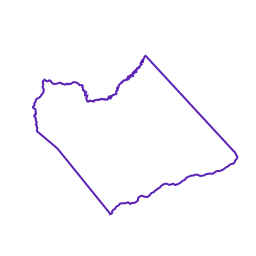 Lagoa da Confusão, Tocantins, Brazil (Natural Earth projection), rotated 240°
{"feature_id": "56859067B90547454880809", "entity_name": "Lagoa da Confusão", "entity_type": "district", "adm_level": 2, "iso_a3": "BRA", "parent_name": "Brazil", "parent_adm1": "Tocantins", "projection": "natural_earth1", "projection_center": [-49.967, -11.048], "detail": "fine", "context": "isolated", "style": "outline", "palette": "violet", "viewbox_px": 256, "rotation_deg": 240, "n_neighbors": 0, "source": "geoboundaries", "source_scale": "gbopen_adm2", "svg_char_len": 5848}
<svg xmlns="http://www.w3.org/2000/svg" viewBox="0 0 256 256"><g transform="rotate(240 128 128)"><path d="M170.9,47.5L146.2,56.4L145.1,56.7L83.1,66.5L62.6,69.7L62.3,69.5L62.1,70.9L62.3,71.6L62.9,72.2L63.4,72.3L63.7,72.6L64.0,72.9L64.3,73.5L64.5,74.4L64.4,75.4L64.5,76.2L64.8,77.0L65.4,77.7L65.7,78.5L65.8,79.4L65.6,80.4L65.8,81.5L66.1,82.1L66.4,82.9L66.5,83.6L66.1,84.4L65.8,84.8L65.3,85.9L65.2,86.4L64.4,87.5L63.9,88.8L63.8,90.5L63.5,91.0L63.0,91.3L61.7,91.5L61.1,92.2L61.2,93.9L61.0,94.3L60.7,94.6L60.3,95.3L59.8,96.6L60.0,97.2L59.9,97.9L60.2,100.3L60.5,100.6L61.6,101.1L62.0,101.5L62.7,103.1L62.7,104.3L62.7,104.9L62.6,105.8L62.0,106.4L61.3,107.0L60.9,107.5L60.3,107.9L59.9,108.4L59.2,109.4L58.8,109.9L58.5,110.5L58.5,111.2L58.8,112.0L59.0,113.5L59.8,115.1L60.0,116.2L59.5,118.1L60.0,119.4L60.2,120.5L60.4,121.1L60.2,121.7L60.3,122.4L60.6,123.2L60.6,123.8L60.4,124.6L60.5,125.5L60.7,126.4L61.2,127.2L61.5,130.3L61.5,130.9L61.1,131.6L61.0,132.5L60.8,132.9L60.5,133.5L60.1,133.9L58.8,134.7L58.5,135.0L58.2,135.3L57.9,135.9L57.6,137.0L57.2,138.9L57.1,139.3L56.6,139.8L55.3,140.0L54.8,141.0L54.7,142.4L54.4,143.5L54.4,144.7L54.4,145.7L54.5,146.8L55.0,148.9L54.7,150.8L54.7,151.3L55.0,152.1L55.7,153.1L55.7,153.6L55.6,155.3L55.5,157.0L55.0,159.1L54.9,159.5L54.2,160.6L54.0,161.7L54.0,162.5L53.6,163.7L52.5,165.1L51.5,165.8L50.7,166.2L50.2,166.6L50.0,167.4L48.9,170.1L48.9,170.9L49.0,172.2L48.2,174.9L47.8,175.7L46.4,177.9L46.1,178.3L46.0,179.7L46.2,180.4L46.3,181.5L46.3,182.6L46.2,183.5L45.1,185.5L44.8,186.2L44.7,187.8L44.4,189.2L44.4,190.0L44.7,190.8L44.8,191.8L44.8,195.8L45.0,196.4L45.3,197.8L45.2,199.1L45.0,200.2L44.6,200.7L44.6,201.4L44.8,202.7L45.5,203.8L46.3,204.6L46.7,206.1L47.2,207.2L47.8,207.9L48.6,208.3L49.7,208.3L50.4,208.2L50.7,208.4L51.3,208.2L52.3,208.5L53.5,208.3L54.2,208.3L54.8,208.0L181.1,179.5L181.8,179.2L181.6,178.4L181.3,177.7L181.0,177.3L179.2,175.1L179.6,174.6L179.6,174.0L179.1,173.6L178.6,173.6L178.2,174.0L177.9,174.1L177.6,173.8L177.9,173.3L178.3,172.9L178.5,172.5L178.2,171.9L177.9,171.4L177.6,171.1L177.1,171.1L176.4,171.5L176.2,170.6L175.7,169.4L175.5,168.8L175.5,168.1L174.8,168.1L174.4,167.6L174.7,166.5L175.0,166.2L175.2,165.7L174.0,164.6L174.0,164.1L174.4,163.6L173.9,163.2L173.5,163.4L173.5,162.9L173.8,162.5L173.9,162.0L173.7,161.5L173.3,161.6L172.9,161.8L172.8,162.4L172.8,163.0L172.4,163.1L172.3,162.4L172.5,161.8L172.8,161.2L173.2,160.9L173.3,160.5L173.0,160.1L173.3,159.6L172.7,159.1L171.9,158.4L170.9,158.3L171.7,157.6L172.2,157.3L172.4,157.0L171.9,156.8L171.3,156.7L171.0,156.6L171.2,156.2L171.7,155.9L172.1,155.4L172.2,154.8L171.9,154.5L171.4,154.7L171.0,154.6L171.1,154.2L172.1,154.1L172.5,153.9L172.3,153.5L171.8,153.3L171.6,152.6L171.0,152.1L170.5,151.8L170.1,152.4L170.0,151.9L170.2,151.5L170.5,151.0L170.9,150.6L170.6,150.1L170.6,149.6L171.0,149.2L171.1,148.2L171.4,147.7L171.2,147.2L170.3,145.7L170.3,145.2L170.7,145.1L170.5,144.6L170.4,143.9L170.2,143.2L169.9,142.6L169.9,142.1L169.7,141.5L169.2,141.2L169.0,140.7L168.7,140.4L168.3,140.4L168.2,140.0L168.2,138.8L168.1,138.4L167.8,138.2L167.1,138.9L166.8,138.6L166.5,138.2L166.0,137.9L165.8,137.2L165.8,136.4L165.4,135.9L164.8,135.6L163.6,135.3L163.3,135.0L163.2,134.5L163.5,134.0L163.7,133.5L163.7,132.9L163.8,132.3L164.1,132.1L164.1,131.7L163.8,130.2L163.5,129.5L162.7,128.5L162.4,128.0L162.4,127.3L162.8,127.1L163.3,127.5L163.9,127.5L163.9,128.2L164.5,128.5L164.7,128.0L164.7,127.5L164.5,127.0L164.0,126.1L163.2,125.1L163.0,124.7L163.0,124.2L163.4,123.8L163.6,123.3L163.7,122.5L164.1,122.3L164.7,122.2L165.1,121.6L165.3,120.5L166.2,120.1L166.5,119.6L166.7,119.0L166.8,118.3L166.5,117.6L166.7,117.1L167.1,116.9L167.5,116.3L167.6,115.6L167.9,115.3L168.3,113.6L168.8,113.2L168.6,112.2L168.1,111.8L168.2,111.4L168.5,110.8L169.0,110.5L169.5,110.2L169.8,109.5L170.1,109.2L170.6,108.9L170.9,108.6L170.9,108.0L170.5,107.2L170.8,106.6L171.3,106.1L171.8,106.3L172.8,106.3L173.4,106.4L174.1,106.5L174.9,106.8L175.3,108.0L176.5,109.0L176.7,108.3L177.4,108.1L177.3,107.6L177.6,107.1L178.1,107.3L178.5,107.5L178.7,108.0L178.9,108.4L179.3,108.7L179.6,109.2L179.9,109.7L180.3,109.5L180.6,108.5L182.0,108.9L182.3,108.4L182.9,108.4L183.3,108.0L183.8,108.1L184.1,108.4L184.6,108.5L185.0,108.7L185.4,109.0L185.8,109.2L186.2,108.9L187.1,109.6L187.5,109.9L188.1,109.7L188.3,109.3L188.9,108.3L189.2,107.6L190.3,107.2L191.1,107.3L192.0,106.7L193.6,105.7L194.5,104.4L194.9,103.7L195.0,103.2L194.8,101.0L194.8,100.5L195.1,99.9L195.5,99.4L195.7,98.9L195.6,98.3L196.3,97.4L196.8,97.4L197.1,97.0L196.8,96.4L196.9,95.5L197.2,95.0L197.6,94.8L198.3,93.9L199.1,93.3L199.7,92.5L200.3,92.6L200.9,92.2L201.2,91.8L201.6,91.0L201.6,90.1L202.0,89.2L202.0,88.5L202.1,88.1L202.3,87.5L203.0,86.5L203.3,86.0L203.7,85.3L205.0,84.8L206.6,84.5L207.2,84.6L207.6,84.5L208.0,84.3L208.4,84.0L208.7,83.6L208.5,82.3L208.7,81.6L209.0,81.2L209.5,80.7L210.0,80.6L211.0,80.0L211.6,79.9L211.2,78.4L210.8,77.4L210.3,77.5L210.0,77.3L209.3,76.5L207.8,76.3L207.4,75.9L206.9,75.2L206.5,74.7L205.9,74.4L205.4,74.3L204.9,74.5L204.2,74.3L203.1,74.3L202.6,73.7L201.8,72.9L201.0,72.4L200.7,71.2L200.5,70.9L200.1,70.2L200.0,69.5L199.7,69.2L199.2,68.2L199.0,67.4L198.7,66.9L198.8,66.2L198.8,65.2L198.7,64.4L198.9,63.9L198.9,63.4L198.0,61.9L197.6,61.4L197.1,61.2L196.9,60.8L196.4,59.4L195.9,59.0L195.4,58.8L194.9,58.8L194.5,58.4L194.1,57.7L194.0,56.7L193.6,56.1L192.2,56.0L191.4,56.9L190.5,57.2L189.3,56.8L188.9,56.5L188.4,56.1L187.7,56.0L187.0,55.4L186.6,55.6L186.1,55.2L185.8,54.7L185.8,54.3L186.0,53.8L185.8,53.3L185.4,52.7L184.5,52.6L183.5,53.1L183.0,53.1L182.5,53.0L181.9,52.4L181.5,52.5L181.2,52.3L180.8,52.0L180.3,51.7L179.8,51.7L179.3,51.9L178.8,51.9L178.3,51.5L178.0,51.0L177.5,50.8L177.3,50.1L176.8,49.9L176.2,50.2L175.8,49.9L175.2,49.7L174.8,49.5L174.4,49.7L173.4,49.6L170.9,47.5ZM173.0,160.1L172.4,160.2L172.2,159.7L172.6,159.7L173.0,160.1Z" fill="none" stroke="#5b21b6" stroke-width="2"/></g></svg>